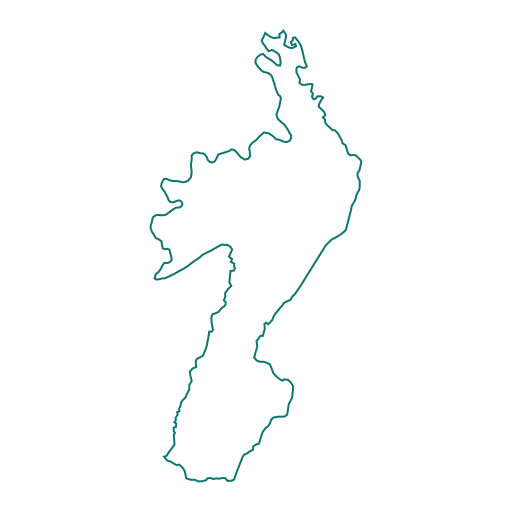 Santa Rita do Novo Destino, Goiás, Brazil (Natural Earth projection)
{"feature_id": "56859067B8436628567433", "entity_name": "Santa Rita do Novo Destino", "entity_type": "district", "adm_level": 2, "iso_a3": "BRA", "parent_name": "Brazil", "parent_adm1": "Goiás", "projection": "natural_earth1", "projection_center": [-49.071, -14.869], "detail": "fine", "context": "isolated", "style": "outline", "palette": "teal", "viewbox_px": 512, "rotation_deg": 0, "n_neighbors": 0, "source": "geoboundaries", "source_scale": "gbopen_adm2", "svg_char_len": 5245}
<svg xmlns="http://www.w3.org/2000/svg" viewBox="0 0 512 512"><path d="M324.3,112.2L321.9,109.7L318.7,106.7L319.2,104.0L320.8,100.7L323.1,97.5L320.8,96.3L317.5,96.3L316.0,98.3L313.7,99.3L312.0,97.0L312.9,93.6L311.0,91.3L312.1,87.2L312.5,84.4L310.0,83.9L304.9,84.9L302.0,84.9L299.3,82.6L300.1,79.7L297.7,74.8L296.6,72.5L296.3,70.1L296.8,67.7L299.1,66.3L303.0,67.9L304.9,67.9L306.9,66.4L304.9,61.7L303.5,55.8L303.0,53.3L301.9,49.2L300.8,45.5L298.9,42.3L296.7,39.4L295.1,37.4L292.9,37.9L292.8,40.4L290.8,42.2L291.9,45.1L295.3,43.9L296.1,46.2L292.5,48.0L290.2,47.9L288.2,47.1L284.2,45.0L286.2,35.8L285.4,33.7L283.4,30.7L281.5,32.6L279.4,34.1L279.6,37.5L276.7,37.6L274.3,38.2L271.7,37.3L269.1,36.0L265.2,33.0L263.7,36.6L261.7,40.3L262.9,43.4L264.8,45.6L266.2,48.0L268.7,51.3L272.1,49.9L277.3,53.0L279.0,54.7L280.1,58.3L280.4,60.8L280.6,63.3L280.0,65.6L277.1,65.2L272.9,61.5L271.3,60.2L266.7,57.5L263.1,54.0L261.0,54.4L257.6,56.8L255.5,60.0L255.6,63.1L257.3,65.8L258.7,67.4L261.4,70.5L263.7,72.0L266.9,72.6L268.7,73.3L271.4,75.5L272.3,77.5L273.4,81.1L274.4,83.5L274.8,85.9L276.0,89.5L277.1,92.3L278.3,94.9L280.0,96.0L280.9,98.3L280.1,102.2L279.4,106.4L277.1,112.4L276.5,114.6L277.0,116.9L278.3,119.4L281.0,121.9L283.8,124.1L285.9,126.9L288.4,130.6L289.3,132.7L291.2,135.4L290.9,138.6L289.2,141.1L286.6,142.0L284.0,141.9L280.3,140.1L278.2,139.5L275.9,139.2L274.4,137.5L272.6,135.9L268.9,133.4L263.8,132.5L259.9,136.0L256.6,139.7L253.0,142.3L250.2,145.1L249.1,148.4L249.8,151.4L250.1,156.0L248.3,158.7L245.0,159.6L240.6,157.2L237.0,152.6L233.9,149.8L230.9,149.6L229.1,151.1L223.0,153.0L218.3,154.5L215.7,159.8L214.2,161.8L212.2,162.5L210.0,162.1L207.9,160.1L206.6,156.7L205.0,154.6L202.8,153.4L200.0,153.2L196.9,152.2L193.5,153.4L191.7,155.5L191.7,159.3L190.9,165.0L191.6,171.1L191.5,173.7L190.9,177.4L188.1,180.7L185.7,181.7L183.6,182.3L180.3,181.8L178.1,181.1L175.5,181.1L172.6,181.0L169.9,180.3L166.2,178.8L164.0,179.0L162.8,180.9L161.5,183.7L161.1,186.4L163.0,189.8L164.7,191.7L165.6,193.8L167.0,196.0L168.7,200.3L170.4,202.0L173.3,202.4L176.3,201.0L178.9,200.3L181.0,201.2L182.4,203.7L181.9,205.9L179.4,207.5L175.9,207.7L172.7,209.6L166.6,214.3L164.6,215.1L161.7,215.3L158.5,215.0L156.0,215.1L152.8,217.4L151.8,222.3L150.6,225.9L150.7,228.4L152.2,232.2L154.0,234.9L155.7,238.0L158.9,239.5L161.5,241.3L162.0,245.5L162.9,248.4L164.8,249.3L167.0,248.8L169.4,249.6L170.3,253.2L171.3,256.6L171.7,260.0L170.0,261.9L167.7,263.0L164.3,262.8L162.6,265.3L160.9,268.6L158.7,271.9L155.8,274.1L154.6,278.3L156.3,279.5L158.4,279.4L162.6,278.3L165.0,278.3L168.4,276.7L170.5,275.8L173.0,274.4L176.4,272.7L178.8,271.2L182.0,269.6L185.1,267.8L187.3,266.4L192.2,262.6L195.0,260.5L196.9,259.3L199.3,257.8L202.4,254.9L205.2,253.6L207.7,252.0L211.1,250.6L213.0,249.4L220.3,245.3L222.4,244.5L224.9,244.9L227.4,244.9L230.2,246.6L232.2,249.6L229.9,254.6L228.9,256.6L232.0,259.0L230.9,261.9L234.3,263.6L234.0,266.5L235.0,268.3L233.8,270.6L230.5,271.0L229.9,277.1L229.3,282.2L231.3,285.9L228.0,289.1L225.1,293.2L225.3,296.6L223.8,300.2L225.7,302.2L225.6,304.5L224.0,306.6L221.9,307.8L220.4,309.5L218.6,311.9L215.5,313.3L212.3,314.4L211.3,318.0L211.7,323.0L212.1,325.5L213.0,329.8L211.7,331.7L209.1,331.7L209.0,334.1L208.5,336.2L208.2,338.7L207.6,341.1L207.0,344.5L206.0,348.5L202.8,355.8L198.8,357.9L196.3,359.4L195.7,362.5L196.3,367.0L192.6,368.5L189.8,371.6L190.4,375.7L191.7,381.0L189.3,384.9L189.3,389.4L187.0,393.8L185.3,397.7L182.6,400.3L181.1,402.4L180.3,406.6L179.1,408.5L179.4,411.4L177.2,412.0L177.7,414.5L175.5,418.0L175.9,420.3L174.4,422.3L176.2,423.6L176.0,426.9L173.7,427.6L173.7,430.9L174.9,432.9L173.8,435.0L174.5,444.5L171.6,448.6L168.3,453.0L166.6,455.9L164.1,456.7L167.1,460.6L170.3,461.4L176.5,465.2L179.1,464.6L181.0,466.1L183.2,468.5L184.9,471.6L186.2,478.3L190.5,479.7L195.3,479.9L197.9,481.3L200.2,481.3L202.2,481.3L204.1,480.6L206.0,480.3L207.6,478.2L210.6,478.0L213.2,479.1L215.9,478.4L219.4,478.7L222.3,478.0L225.3,478.2L227.6,480.9L231.6,480.7L234.1,479.6L234.9,477.1L236.2,473.2L242.5,457.3L243.9,454.7L246.5,453.8L250.4,450.9L252.7,450.1L253.4,446.1L256.6,444.4L258.9,443.8L262.5,432.3L265.6,428.0L267.8,426.5L270.1,423.1L271.1,419.8L273.2,417.6L278.0,416.7L284.3,416.6L287.2,414.7L288.8,404.0L290.4,401.1L292.0,397.8L292.3,395.4L292.9,390.3L292.9,385.7L290.7,382.4L288.2,379.9L286.0,379.6L284.1,379.3L282.6,380.7L280.6,379.7L277.8,377.7L275.3,375.4L273.2,372.8L271.7,368.7L269.7,364.1L265.2,362.2L262.9,361.7L260.7,361.8L258.6,361.3L256.7,360.5L254.1,357.3L254.8,355.2L257.3,346.3L256.5,341.2L258.6,338.5L260.5,335.8L262.9,335.9L264.8,328.7L264.4,324.0L266.2,322.6L268.2,324.3L270.1,322.3L272.3,320.0L273.5,316.7L275.1,314.0L278.1,310.4L279.5,308.5L282.0,305.9L284.2,302.6L290.4,299.9L292.3,296.4L294.7,294.4L300.6,285.8L307.5,274.7L320.5,253.8L325.9,245.2L331.5,239.7L336.4,237.1L341.7,233.8L345.9,230.0L351.0,209.9L351.8,205.9L354.5,201.3L355.7,198.7L356.1,196.0L357.3,193.1L359.0,190.2L359.7,187.7L359.7,180.5L358.3,178.2L357.5,176.0L357.7,172.5L359.4,170.7L361.4,161.5L360.3,159.7L355.8,155.4L353.4,154.9L350.4,155.4L348.1,153.6L345.5,145.1L342.5,143.4L342.1,141.1L337.9,133.2L334.8,130.3L332.4,130.1L328.9,126.6L326.7,124.9L325.3,122.5L324.9,119.3L322.9,117.4L325.3,115.1L324.3,112.2Z" fill="none" stroke="#0f766e" stroke-width="2"/></svg>